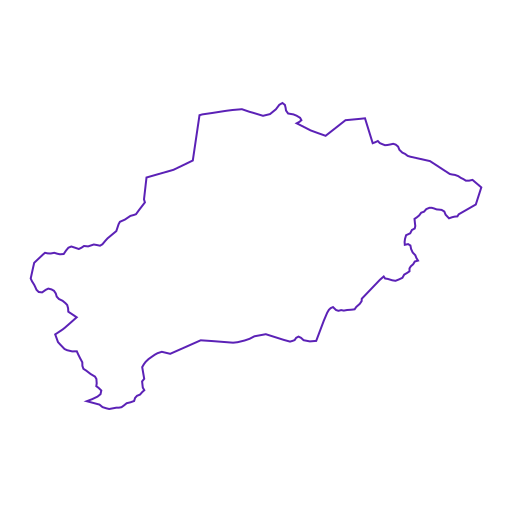 Jacobina do Piauí, Piauí, Brazil
{"feature_id": "56859067B3034327290943", "entity_name": "Jacobina do Piauí", "entity_type": "district", "adm_level": 2, "iso_a3": "BRA", "parent_name": "Brazil", "parent_adm1": "Piauí", "projection": "mercator", "projection_center": [-41.254, -7.912], "detail": "fine", "context": "isolated", "style": "outline", "palette": "violet", "viewbox_px": 512, "rotation_deg": 0, "n_neighbors": 0, "source": "geoboundaries", "source_scale": "gbopen_adm2", "svg_char_len": 3145}
<svg xmlns="http://www.w3.org/2000/svg" viewBox="0 0 512 512"><path d="M365.0,118.3L360.5,118.8L345.5,120.2L325.6,135.8L317.7,133.0L310.6,130.4L296.7,123.3L299.5,121.8L301.4,120.2L300.1,117.8L296.6,115.7L293.4,114.4L288.1,113.5L286.0,110.5L285.6,107.8L284.9,104.9L282.4,103.0L279.3,104.8L275.9,109.3L270.0,114.1L263.0,115.8L252.8,112.7L249.5,111.8L241.9,109.2L232.5,110.0L227.0,110.7L224.2,111.1L212.1,113.0L202.3,114.4L199.5,115.2L192.8,160.5L173.5,169.8L146.5,177.5L144.0,199.4L144.9,202.4L138.9,210.2L136.0,214.2L133.7,215.0L130.4,215.9L124.9,219.6L119.9,221.8L118.6,224.2L116.3,231.1L107.6,238.3L105.4,240.7L102.4,244.3L100.0,245.7L96.7,245.0L93.8,244.5L88.1,246.4L84.0,246.0L81.5,247.7L78.8,249.0L74.7,247.6L71.3,246.5L68.4,247.7L66.0,250.6L63.7,254.0L60.0,254.3L57.2,253.7L54.3,252.8L50.7,253.5L47.8,253.4L45.0,252.8L43.1,254.4L34.2,262.8L33.2,267.1L30.7,278.5L32.0,281.3L34.2,284.8L35.4,287.3L36.5,289.8L38.7,292.0L42.1,292.4L45.8,289.8L48.3,288.6L51.5,289.4L54.0,290.8L55.8,293.5L56.7,296.6L58.9,299.0L62.6,300.8L65.4,303.1L67.2,305.0L68.1,308.3L68.3,311.7L76.7,317.3L64.9,327.7L62.6,329.5L55.2,334.4L58.0,342.1L60.1,344.4L62.3,346.7L64.5,349.0L67.1,350.2L72.2,351.4L76.8,351.3L78.1,354.2L80.1,358.2L82.3,362.3L82.4,365.9L83.4,368.8L86.2,370.6L90.6,374.0L95.0,376.6L96.4,379.0L96.7,383.4L96.3,386.2L98.5,387.8L101.3,390.5L100.5,394.2L97.5,396.6L92.3,399.1L86.8,401.2L99.5,404.6L102.5,407.1L106.3,408.3L109.2,409.0L116.2,407.7L118.7,407.7L121.5,407.2L124.0,405.4L126.7,403.2L130.5,402.3L134.1,401.0L135.1,397.9L137.0,395.8L140.0,394.6L142.2,392.1L144.3,390.2L142.8,387.6L142.5,385.1L142.1,381.4L144.2,378.8L142.2,367.1L143.9,364.2L145.6,361.9L148.5,359.1L151.9,356.7L154.8,354.7L157.5,353.2L161.8,351.8L170.2,353.8L200.7,340.3L212.7,341.1L233.1,342.7L237.6,342.2L244.6,340.5L249.6,338.8L254.4,336.3L265.8,334.2L283.8,339.9L290.0,341.6L292.5,340.9L294.6,340.1L296.2,337.8L298.5,336.6L301.0,337.8L303.6,340.2L309.8,341.4L316.2,340.9L323.8,320.7L327.2,312.7L328.9,309.8L330.7,308.1L333.0,307.1L336.0,310.0L338.4,310.8L341.2,310.1L343.8,310.6L347.1,310.0L350.1,309.8L352.4,309.6L354.6,309.3L356.3,306.9L359.7,303.9L361.6,301.2L361.8,298.7L379.9,279.8L383.7,276.5L385.1,278.5L387.7,278.9L392.3,280.3L395.5,280.8L398.8,279.5L402.4,277.8L404.2,274.6L407.0,273.0L409.5,271.3L409.5,268.4L410.8,266.3L413.2,264.2L414.8,261.5L418.0,260.6L416.4,258.0L415.3,255.2L412.7,252.5L411.1,249.0L410.4,245.5L408.1,244.1L404.8,244.8L404.6,242.0L405.0,238.9L406.1,235.2L410.2,233.3L411.9,230.0L414.7,228.5L415.3,226.0L415.0,223.7L414.5,218.9L416.9,217.3L419.2,215.4L421.2,212.7L424.0,211.7L426.3,209.1L429.4,207.8L431.7,207.8L433.9,208.4L436.6,209.4L439.0,209.6L441.6,209.9L444.3,211.5L445.6,214.7L449.0,218.3L452.2,217.2L454.7,216.6L457.4,216.4L458.7,214.3L475.8,204.5L481.3,187.4L472.5,179.9L468.9,180.7L465.9,180.7L463.4,179.1L460.9,177.9L458.2,176.1L454.9,174.9L452.1,174.5L449.8,174.0L430.0,161.1L410.3,156.7L407.7,155.9L405.1,153.9L402.3,152.6L399.4,149.8L398.1,146.6L395.7,144.6L393.2,143.8L390.1,144.5L387.4,145.0L385.0,145.2L382.4,144.2L379.8,143.1L377.8,141.0L375.1,142.3L372.7,143.2L365.0,118.3Z" fill="none" stroke="#5b21b6" stroke-width="2"/></svg>